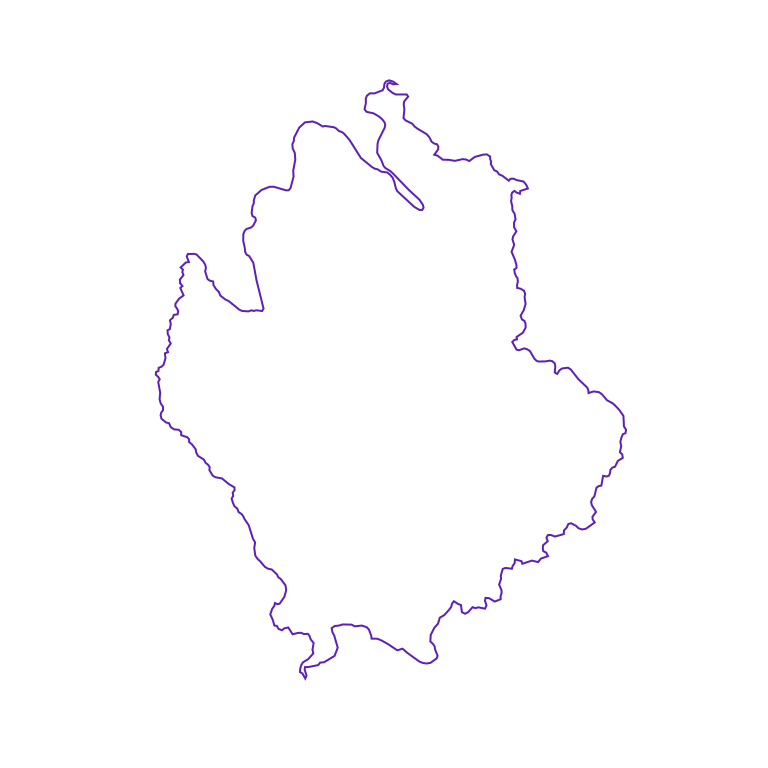 the district of Itamarandiba, Minas Gerais, Brazil, rotated 334°
{"feature_id": "56859067B40667879331711", "entity_name": "Itamarandiba", "entity_type": "district", "adm_level": 2, "iso_a3": "BRA", "parent_name": "Brazil", "parent_adm1": "Minas Gerais", "projection": "natural_earth1", "projection_center": [-42.866, -17.848], "detail": "fine", "context": "isolated", "style": "outline", "palette": "violet", "viewbox_px": 768, "rotation_deg": 334, "n_neighbors": 0, "source": "geoboundaries", "source_scale": "gbopen_adm2", "svg_char_len": 6166}
<svg xmlns="http://www.w3.org/2000/svg" viewBox="0 0 768 768"><g transform="rotate(334 384 384)"><path d="M589.5,272.6L591.1,270.2L599.0,271.4L599.2,267.6L598.2,263.2L592.6,258.9L590.3,256.1L587.5,255.0L585.3,256.0L581.6,248.6L579.3,246.0L578.9,242.8L576.8,240.2L576.4,233.0L577.8,231.1L578.0,228.4L579.1,226.1L577.1,222.7L573.3,221.2L565.1,219.7L558.3,221.0L556.5,218.5L553.4,216.4L545.5,214.5L540.5,210.9L535.2,208.2L532.2,202.2L529.7,200.0L535.6,196.8L536.9,194.4L536.8,191.8L534.6,190.0L533.0,187.1L532.9,182.1L531.9,178.2L525.9,169.0L524.5,166.3L523.4,162.3L518.9,156.5L518.1,153.5L522.6,146.3L524.4,141.1L526.1,138.8L531.7,136.3L531.3,133.7L521.5,128.9L519.4,126.3L516.9,121.0L517.2,117.8L518.8,115.8L521.3,115.8L523.4,118.5L526.8,119.9L524.8,116.2L521.7,113.3L518.3,113.0L516.0,114.4L513.9,117.6L511.5,119.4L502.7,118.6L498.9,116.6L495.2,117.3L492.8,119.4L490.7,123.8L487.0,128.5L487.6,131.7L493.3,136.2L496.7,141.3L498.4,145.2L499.2,149.1L498.7,151.7L496.9,154.0L485.7,162.6L483.5,165.3L479.2,173.2L479.7,181.8L479.2,187.8L479.9,190.5L483.1,195.6L484.3,198.6L491.4,220.5L496.7,234.0L497.5,240.2L496.8,242.9L494.7,244.3L492.3,243.2L488.9,238.2L480.5,216.6L480.4,213.7L481.8,207.1L482.2,202.5L481.2,198.6L479.7,195.4L474.5,191.8L472.4,188.3L470.1,186.4L468.4,183.9L462.3,170.7L460.0,149.5L457.9,141.6L456.7,139.2L454.3,136.8L453.1,133.4L451.6,131.3L444.2,126.3L441.8,125.7L438.5,120.5L435.0,116.8L427.6,114.2L420.2,116.4L411.0,123.3L409.4,126.2L406.8,128.2L405.2,132.2L405.1,137.2L402.6,143.5L395.9,152.5L393.6,158.0L386.0,166.8L383.3,168.1L381.0,167.1L371.4,158.4L367.5,156.6L359.0,155.9L350.9,158.1L347.4,162.0L346.2,164.5L343.9,166.4L340.0,172.2L339.4,175.4L341.2,178.0L340.6,180.8L335.7,184.4L333.3,185.1L328.1,184.4L325.9,185.3L323.4,187.4L320.2,193.7L318.5,200.8L317.1,204.3L317.2,207.6L318.9,209.8L319.7,217.7L314.8,235.2L308.8,263.4L306.5,265.0L301.4,261.7L299.0,261.3L297.0,259.6L294.0,259.3L288.4,256.1L286.4,253.5L280.8,241.4L278.5,238.6L275.7,232.8L275.9,228.7L274.6,224.9L274.1,220.4L275.4,217.0L272.6,214.6L271.4,212.4L272.6,204.4L274.9,201.5L275.6,198.4L275.3,194.7L272.2,185.3L270.2,183.7L264.7,181.2L262.6,182.9L262.1,188.9L259.2,187.9L252.3,190.1L253.4,193.0L251.8,195.1L251.5,198.2L246.3,200.7L244.9,204.0L245.8,207.6L243.0,208.4L242.7,216.5L237.4,217.4L231.9,220.3L230.5,222.7L231.1,225.5L230.9,228.3L229.0,230.9L225.3,229.7L223.2,231.9L219.5,232.9L218.7,236.5L215.6,240.8L213.0,240.8L211.5,244.5L211.6,248.2L209.8,250.3L210.1,254.1L204.3,257.3L203.8,260.7L200.5,260.4L199.0,264.9L194.3,270.1L191.7,270.9L188.6,270.7L187.0,273.4L184.3,273.3L183.0,275.6L184.2,278.8L184.5,281.4L182.0,283.1L179.0,293.7L175.6,299.4L174.8,303.5L175.4,307.6L173.9,310.7L171.3,312.0L169.5,314.2L168.8,317.7L171.3,323.1L173.6,325.0L173.4,329.3L175.5,332.8L179.4,335.1L180.7,338.3L179.3,341.1L183.9,345.7L184.6,348.4L183.4,350.7L184.9,354.0L186.1,360.0L185.2,363.2L185.2,366.8L189.0,373.1L189.1,376.7L190.4,379.2L190.9,382.3L189.3,384.8L189.9,391.3L191.5,393.8L197.0,397.9L200.7,406.0L204.3,411.4L203.1,414.0L200.4,415.3L199.4,418.5L196.8,420.2L196.1,424.7L196.0,428.2L197.5,431.7L197.2,435.5L198.9,438.2L199.5,441.2L199.4,444.0L200.5,451.6L198.4,465.6L198.7,469.9L195.5,474.5L193.1,481.7L193.7,485.9L195.0,489.1L196.8,496.2L198.8,499.2L201.8,501.5L204.3,508.2L204.3,511.4L205.7,514.0L207.2,521.8L205.8,526.3L201.2,531.6L193.9,535.7L191.7,535.2L190.0,533.1L188.2,535.3L185.0,537.0L180.8,541.2L180.6,547.5L179.6,553.1L181.6,554.4L181.9,558.0L184.4,560.6L187.4,559.9L191.2,560.9L192.2,568.9L197.7,570.0L200.4,571.3L202.5,573.7L206.1,575.2L206.6,577.7L206.2,581.4L207.2,586.0L203.4,591.2L202.3,595.2L195.1,598.1L189.2,598.6L186.5,600.3L184.1,602.9L182.2,606.1L183.8,608.4L184.1,614.2L186.5,612.2L187.5,605.9L188.9,603.8L191.8,605.2L201.6,607.8L204.4,606.4L208.1,607.8L220.4,606.7L226.8,600.7L229.0,588.2L228.8,584.7L229.9,580.5L233.6,579.9L237.7,581.4L241.5,582.0L249.4,586.1L251.5,589.0L258.2,591.4L261.9,595.1L262.8,598.1L262.2,604.6L261.2,607.4L266.3,610.0L269.2,613.2L273.5,619.4L279.2,629.2L284.6,630.0L287.1,635.9L294.2,649.1L296.8,651.9L299.8,653.9L303.6,655.0L311.1,653.7L313.0,651.8L313.6,644.6L314.5,642.1L314.1,639.2L312.8,635.7L316.0,630.0L322.5,625.1L327.5,623.1L331.7,618.5L337.0,618.1L342.9,615.7L346.5,614.0L348.8,611.3L351.6,609.9L354.3,614.4L356.3,616.4L354.0,623.1L356.1,626.0L359.5,626.0L365.8,623.4L367.7,625.4L371.1,626.2L376.3,630.2L379.1,627.9L379.7,623.1L381.5,620.8L384.4,622.4L388.2,628.1L394.5,628.6L395.8,625.8L398.0,623.5L399.2,621.0L399.5,614.8L403.9,610.3L404.9,607.5L409.6,602.3L412.4,602.5L418.0,606.1L419.8,604.0L422.9,602.3L424.8,599.1L429.9,603.5L429.5,606.2L439.6,607.6L444.4,611.6L448.6,609.7L455.9,610.6L455.9,606.7L453.9,604.1L454.7,601.3L456.2,598.7L462.3,597.0L462.6,593.4L465.1,591.6L467.8,592.9L470.9,596.1L479.8,597.7L481.6,594.5L485.4,593.1L488.3,590.6L491.1,591.2L494.5,595.7L495.5,598.8L498.3,601.6L502.1,602.6L512.7,600.8L512.2,597.2L513.1,594.8L518.5,591.9L517.7,584.0L518.4,580.9L520.7,578.5L523.8,577.2L529.6,570.3L532.3,569.9L534.8,570.6L540.7,562.6L543.5,564.7L545.8,565.0L547.7,563.6L550.0,560.3L552.5,559.3L555.4,559.6L560.5,555.6L566.2,555.1L567.3,551.6L566.1,548.7L569.9,544.0L571.1,539.6L573.8,536.3L576.8,533.8L579.4,534.1L581.5,531.3L581.1,527.2L585.2,517.7L584.2,510.9L582.3,504.6L581.1,501.7L577.3,496.3L575.4,488.8L573.7,485.6L569.2,482.6L563.9,481.8L564.9,479.3L565.1,476.4L560.8,464.8L558.2,452.7L556.5,450.0L550.9,448.1L547.7,448.6L544.1,450.9L542.5,448.5L545.7,443.3L546.5,440.2L545.2,437.2L543.1,435.6L539.4,434.6L532.8,431.6L531.1,429.8L530.2,426.8L529.6,418.4L528.0,415.7L525.8,413.5L520.0,412.8L518.2,411.2L517.7,402.5L520.5,401.5L523.1,402.2L523.8,399.8L531.3,398.8L536.0,395.4L537.6,391.9L537.9,388.8L536.3,386.5L536.7,382.5L542.1,378.8L546.3,374.2L548.5,367.4L550.4,364.9L550.7,361.5L548.5,358.2L545.8,356.0L547.1,353.2L549.2,350.6L550.4,347.3L549.9,344.7L550.2,341.5L551.2,338.2L553.8,337.9L555.1,335.5L556.2,329.5L556.6,321.1L562.0,316.0L562.9,310.3L564.7,308.0L569.9,304.8L569.7,300.0L571.7,295.8L574.4,293.7L576.0,288.3L575.6,284.0L577.2,280.5L578.4,275.3L580.3,272.7L581.4,269.9L583.2,268.1L585.9,267.6L587.0,269.9L589.5,272.6Z" fill="none" stroke="#5b21b6" stroke-width="2"/></g></svg>